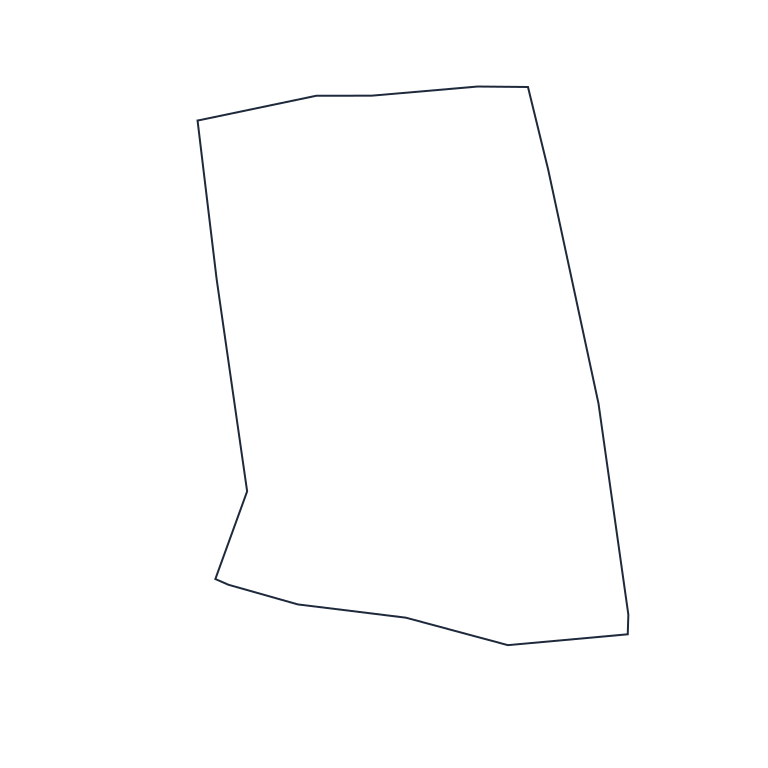 the district of 25, Ad Dawhah, Qatar, rotated 257°
{"feature_id": "91078587B27846098888320", "entity_name": "25", "entity_type": "district", "adm_level": 2, "iso_a3": "QAT", "parent_name": "Qatar", "parent_adm1": "Ad Dawhah", "projection": "equal_earth", "projection_center": [51.531, 25.268], "detail": "fine", "context": "isolated", "style": "outline", "palette": "slate", "viewbox_px": 768, "rotation_deg": 257, "n_neighbors": 0, "source": "geoboundaries", "source_scale": "gbopen_adm2", "svg_char_len": 393}
<svg xmlns="http://www.w3.org/2000/svg" viewBox="0 0 768 768"><g transform="rotate(257 384 384)"><path d="M682.7,261.6L523.7,244.5L310.2,226.5L231.9,175.8L223.3,187.4L188.6,250.5L151.4,352.7L101.7,445.9L85.3,565.2L104.3,570.2L316.6,588.6L556.2,592.2L632.5,591.2L641.0,591.1L652.8,542.1L667.7,436.9L680.1,382.8L682.6,262.5L682.7,261.6Z" fill="none" stroke="#1e293b" stroke-width="2"/></g></svg>